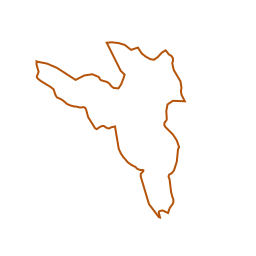 map outline of Jura (orthographic projection), rotated 69°
{"feature_id": "CHE-160", "entity_name": "Jura", "entity_type": "Canton", "adm_level": 1, "iso_a3": "CHE", "parent_name": "Switzerland", "parent_adm1": "", "projection": "orthographic", "projection_center": [7.156, 47.327], "detail": "fine", "context": "isolated", "style": "outline", "palette": "amber", "viewbox_px": 256, "rotation_deg": 69, "n_neighbors": 0, "source": "natural_earth", "source_scale": "10m", "svg_char_len": 1672}
<svg xmlns="http://www.w3.org/2000/svg" viewBox="0 0 256 256"><g transform="rotate(69 128 128)"><path d="M78.6,61.1L81.0,61.7L83.4,63.5L90.2,64.5L103.2,62.3L109.4,63.6L112.8,65.5L113.3,65.6L116.3,66.1L123.4,65.4L118.7,76.4L120.2,82.7L125.9,86.2L133.6,88.6L134.7,89.5L135.4,90.9L136.5,92.3L138.5,93.1L140.3,92.8L150.2,88.4L157.1,86.9L164.4,87.2L165.1,88.3L165.9,89.0L176.9,94.5L184.0,100.2L185.8,103.2L186.3,106.3L187.2,107.1L188.0,107.6L190.8,107.6L203.6,110.8L208.7,111.3L210.6,111.2L212.8,111.9L215.0,113.5L217.5,117.6L221.7,121.1L217.5,125.1L216.9,127.7L217.1,129.0L218.0,129.6L223.0,130.2L222.3,131.1L206.6,135.7L177.8,133.5L175.2,132.4L174.7,131.0L173.7,129.1L173.0,128.8L172.4,129.5L171.8,131.2L170.9,132.5L169.4,134.0L167.3,134.9L166.1,135.8L165.0,136.9L162.9,138.6L159.9,140.5L153.2,142.9L149.1,143.8L144.1,144.1L121.9,139.6L121.3,143.6L121.7,145.3L121.2,146.7L120.2,147.9L117.5,149.8L117.0,151.0L116.9,151.9L116.9,153.1L117.4,155.9L117.9,157.5L116.6,158.8L103.6,161.3L95.4,160.5L93.7,160.8L92.6,161.9L92.1,164.1L91.9,164.7L91.5,165.7L89.6,168.5L88.3,171.0L86.4,173.6L83.6,176.4L79.4,178.6L76.9,180.4L74.1,183.3L71.3,183.9L65.3,183.6L62.3,185.3L52.8,192.6L49.8,194.4L47.8,194.9L46.7,194.3L45.8,193.3L43.4,191.3L36.1,190.7L33.0,189.5L33.6,189.0L38.7,180.7L46.4,172.8L64.3,159.7L63.3,150.0L65.0,142.1L69.9,137.0L72.3,136.7L73.7,136.1L77.6,130.9L80.3,129.3L83.0,128.6L85.5,127.0L87.6,122.7L84.8,118.8L80.9,115.2L77.0,112.0L72.1,114.3L40.8,117.3L42.2,112.3L45.4,106.3L49.3,101.2L56.1,97.2L56.5,89.9L60.0,89.2L63.4,88.4L67.7,85.9L71.6,82.6L73.6,79.3L72.4,74.7L69.7,69.3L69.0,65.0L73.9,63.5L76.2,61.7L78.6,61.1Z" fill="none" stroke="#b45309" stroke-width="2"/></g></svg>